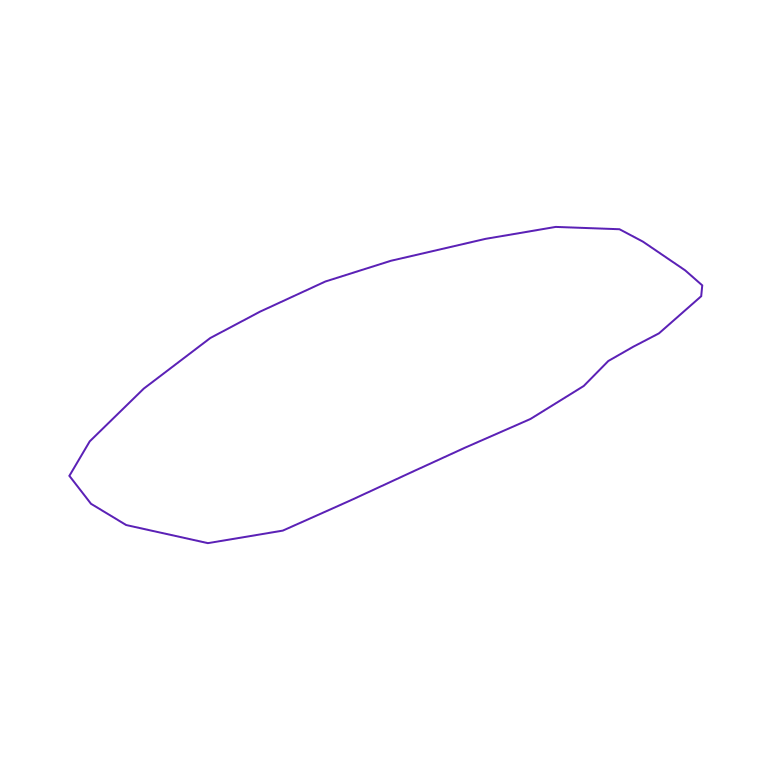 the district of Lakena, Tuvalu, rotated 307°
{"feature_id": "33948139B28516646403189", "entity_name": "Lakena", "entity_type": "district", "adm_level": 2, "iso_a3": "TUV", "parent_name": "Tuvalu", "parent_adm1": "", "projection": "equal_earth", "projection_center": [176.069, -5.648], "detail": "fine", "context": "isolated", "style": "outline", "palette": "violet", "viewbox_px": 768, "rotation_deg": 307, "n_neighbors": 0, "source": "geoboundaries", "source_scale": "gbopen_adm2", "svg_char_len": 490}
<svg xmlns="http://www.w3.org/2000/svg" viewBox="0 0 768 768"><g transform="rotate(307 384 384)"><path d="M121.3,188.0L112.0,222.1L116.2,263.0L150.9,339.1L206.0,391.4L269.6,426.6L333.2,460.7L381.5,486.8L444.2,522.0L502.6,544.7L537.4,549.3L563.7,560.6L589.9,573.1L645.0,584.5L654.3,578.8L656.0,556.1L653.5,505.0L649.3,478.9L612.8,426.6L561.1,377.8L486.5,315.3L430.6,275.5L367.1,241.4L316.2,217.6L235.7,194.9L161.1,183.5L121.3,188.0Z" fill="none" stroke="#5b21b6" stroke-width="2"/></g></svg>